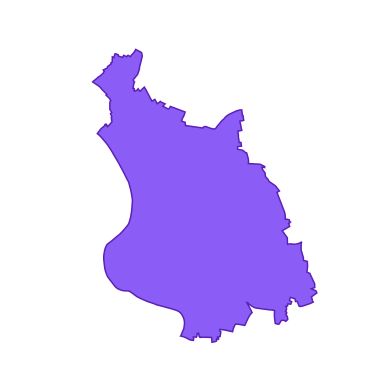 Thuong Tin, Ha Noi, Vietnam (Robinson projection), rotated 168°
{"feature_id": "81297802B33733008951227", "entity_name": "Thuong Tin", "entity_type": "district", "adm_level": 2, "iso_a3": "VNM", "parent_name": "Vietnam", "parent_adm1": "Ha Noi", "projection": "robinson", "projection_center": [105.871, 20.832], "detail": "fine", "context": "isolated", "style": "filled", "palette": "violet", "viewbox_px": 384, "rotation_deg": 168, "n_neighbors": 0, "source": "geoboundaries", "source_scale": "gbopen_adm2", "svg_char_len": 5908}
<svg xmlns="http://www.w3.org/2000/svg" viewBox="0 0 384 384"><g transform="rotate(168 192 192)"><path d="M258.6,94.3L253.3,91.2L249.8,88.9L243.8,85.9L235.0,81.3L231.6,79.3L229.4,77.5L227.8,75.2L227.0,72.7L226.4,70.5L226.3,68.0L226.5,65.8L226.9,64.3L227.8,61.7L228.5,59.9L231.3,56.0L232.6,53.9L233.1,53.5L230.1,52.0L227.9,50.4L224.6,47.7L222.3,46.8L221.5,46.6L221.4,46.9L221.0,47.6L220.8,48.4L220.8,48.7L220.9,49.2L220.9,49.6L220.9,49.8L219.6,49.7L218.0,49.0L217.7,49.3L217.3,49.9L216.8,51.0L216.4,52.2L216.3,52.6L214.9,52.4L215.0,50.8L215.0,49.2L214.4,49.1L214.5,48.1L214.3,48.0L213.4,48.0L212.8,47.9L209.4,47.2L203.2,45.7L203.2,45.2L203.5,42.6L203.7,40.9L201.7,40.8L199.7,40.9L199.2,41.1L198.8,41.4L198.7,41.9L198.7,42.3L198.5,43.0L198.3,43.3L198.0,43.5L197.8,43.4L197.6,43.3L197.0,42.4L196.5,42.6L196.4,42.8L196.7,44.5L196.9,44.8L194.6,44.7L193.1,48.5L192.9,49.5L193.8,50.2L193.3,51.8L191.6,51.2L189.6,50.6L186.9,49.4L183.9,48.0L181.3,46.9L180.4,49.0L179.3,50.8L178.3,52.1L177.1,53.7L175.6,53.4L173.4,52.7L171.4,51.9L168.1,50.5L165.1,54.6L163.4,56.8L162.0,58.4L160.2,60.3L158.3,61.5L159.0,64.4L161.3,72.4L160.8,72.1L160.3,71.7L160.0,71.4L159.4,70.3L156.7,67.4L154.8,65.9L153.8,65.3L152.1,64.7L148.6,63.4L144.3,61.9L140.6,60.6L138.9,60.1L137.2,59.5L135.8,58.7L136.4,57.1L137.1,54.3L137.6,50.2L137.9,46.1L135.6,44.9L134.3,44.7L131.3,47.8L129.6,47.6L128.4,47.2L127.3,46.0L124.9,47.3L124.7,48.5L124.7,50.8L125.3,51.4L125.6,53.3L125.1,53.3L124.7,53.5L124.4,54.4L124.7,55.2L125.4,55.8L124.7,56.4L124.1,57.3L123.8,58.0L123.7,58.8L123.8,59.6L124.1,60.7L122.3,60.6L121.4,62.7L118.7,61.7L118.2,62.5L117.3,63.9L119.2,65.6L117.8,68.5L117.3,68.2L113.5,66.2L113.5,63.3L112.1,63.3L111.9,63.0L111.4,60.8L110.9,57.9L109.4,57.4L106.6,57.5L100.0,58.3L96.8,59.0L96.3,59.1L96.7,60.1L96.8,61.2L96.8,63.8L97.0,64.6L90.8,67.3L91.2,69.2L91.6,69.9L92.1,70.2L94.7,71.9L95.4,72.6L91.8,73.0L91.1,76.7L93.5,87.1L93.6,87.8L96.3,89.9L95.5,91.9L94.8,94.1L94.3,95.7L93.9,98.6L93.6,100.1L97.2,102.0L96.7,104.6L97.3,112.2L97.3,112.6L96.6,116.0L96.0,118.6L95.5,119.4L95.3,119.8L95.4,120.2L97.9,119.6L100.3,119.4L101.4,119.4L102.4,119.6L103.7,119.9L105.5,120.5L107.1,120.9L109.4,121.0L108.3,127.5L111.8,135.4L103.6,138.0L104.1,141.0L103.6,141.1L102.0,142.1L102.9,142.7L102.6,143.0L102.5,143.7L102.6,144.2L102.7,144.6L103.2,144.9L104.0,145.3L104.9,145.7L106.4,145.9L105.8,149.0L105.6,151.3L105.7,153.5L109.0,174.0L106.3,174.8L108.2,178.9L109.2,180.8L111.6,183.3L114.5,186.4L115.0,188.4L116.9,191.8L116.8,193.9L116.5,195.2L118.4,199.6L118.4,201.6L115.8,200.8L115.6,201.8L119.6,205.0L131.0,208.1L130.5,209.4L130.2,210.9L130.1,211.8L130.1,213.6L130.1,214.6L130.3,216.8L130.3,217.8L130.4,218.5L130.4,218.8L130.5,219.0L130.9,219.2L131.4,219.4L131.6,219.6L132.3,220.6L132.7,221.2L133.2,221.6L133.5,222.0L134.3,222.6L135.9,223.2L138.4,224.4L138.5,224.5L138.3,225.7L138.0,226.9L136.5,226.8L134.1,226.5L133.8,229.8L133.8,230.2L133.8,230.3L134.1,230.5L135.5,230.5L135.5,231.9L135.3,232.6L135.3,233.4L135.2,235.6L135.2,236.0L134.8,237.9L134.7,238.5L134.7,239.4L134.7,239.9L134.5,240.7L134.1,242.2L132.8,241.9L130.5,241.9L130.5,245.9L130.4,248.2L130.5,251.4L129.5,251.4L128.2,251.2L126.5,251.3L126.2,256.1L126.7,256.3L126.3,262.0L128.2,262.3L131.6,262.1L136.9,260.9L140.4,260.0L143.2,258.7L145.4,257.0L148.3,255.3L152.2,252.2L154.1,250.7L155.2,249.6L155.9,249.2L156.9,248.9L157.7,249.1L158.7,249.6L160.4,250.3L164.6,253.0L165.4,253.3L166.2,253.4L167.0,253.2L167.7,252.9L168.0,252.3L184.6,258.4L184.2,261.6L187.5,263.6L185.9,266.3L185.0,267.1L183.8,268.7L182.9,270.2L182.1,271.7L195.4,280.2L196.5,278.8L197.3,278.2L198.0,278.1L202.7,282.0L200.0,283.8L204.0,286.8L204.2,287.2L204.7,286.9L206.1,286.2L207.6,285.6L209.1,290.3L212.3,289.2L214.7,297.6L216.0,302.2L216.8,304.5L219.6,302.9L221.4,301.4L222.0,301.3L223.2,304.2L224.6,303.1L227.1,302.4L227.7,303.4L227.0,304.3L227.0,305.0L227.4,305.4L228.2,305.8L227.6,306.9L227.2,308.1L226.4,309.9L226.3,310.6L225.3,311.4L226.3,313.8L225.2,314.8L224.4,315.3L222.3,317.1L221.1,318.0L220.7,318.4L220.4,318.9L219.6,320.3L219.1,321.1L218.1,322.7L217.7,324.0L217.1,325.6L215.1,329.6L214.3,331.1L213.6,332.7L212.7,334.5L212.4,335.2L212.4,336.2L212.3,336.8L212.3,338.3L212.9,339.5L215.0,341.1L217.4,343.2L218.9,341.4L220.6,339.9L222.7,338.6L224.1,337.2L226.1,339.0L226.4,339.0L227.7,337.9L230.4,339.9L232.0,338.1L235.9,340.5L235.6,341.5L237.6,342.9L238.7,343.1L240.4,339.8L241.8,340.8L243.1,335.6L244.5,335.2L244.4,334.1L248.6,332.2L248.8,331.4L249.6,330.7L251.9,330.2L253.5,329.8L253.2,329.1L252.7,328.3L253.2,328.0L254.0,326.9L254.5,326.5L258.0,324.5L258.6,324.3L259.8,324.0L261.1,323.1L262.8,322.2L265.7,320.8L266.3,320.3L262.0,315.9L260.3,314.0L259.6,312.7L258.8,311.1L255.0,305.3L256.0,304.6L255.7,304.2L254.8,302.9L254.0,301.8L253.3,300.7L252.4,298.3L253.3,297.7L253.6,296.8L253.9,296.0L255.2,289.9L253.9,286.5L255.5,285.5L254.9,283.3L254.9,282.0L255.5,281.7L255.4,280.5L255.4,279.8L255.8,279.5L255.6,277.9L255.7,277.3L256.0,277.1L258.4,275.2L260.2,274.0L261.2,273.5L261.5,274.3L261.2,274.8L261.7,275.9L262.2,275.5L262.6,276.3L263.2,276.0L263.4,275.7L263.5,275.3L263.9,274.9L267.7,272.9L268.4,272.4L272.5,268.8L271.4,267.5L269.6,264.8L266.6,259.3L265.0,256.2L262.3,249.4L260.8,244.7L258.8,238.8L257.6,235.1L254.7,225.1L254.2,223.3L252.8,217.7L252.3,216.2L251.9,214.3L251.8,213.2L251.8,211.9L251.7,210.0L251.6,208.2L251.5,205.5L251.6,202.9L251.6,201.8L251.7,200.0L251.8,197.8L252.1,195.8L253.5,190.9L254.9,186.3L256.1,183.1L257.6,179.4L260.1,174.8L261.5,173.1L265.3,170.1L268.4,167.8L271.5,165.7L274.0,164.5L277.7,162.5L280.7,160.9L285.7,158.5L286.7,157.6L288.4,155.3L289.7,152.8L291.3,148.8L292.2,145.4L292.8,140.1L293.0,137.7L293.2,134.9L293.1,132.5L292.8,129.8L292.1,126.6L290.5,123.0L289.4,120.8L286.9,115.5L285.2,113.3L283.7,112.0L280.6,110.1L278.6,109.4L276.8,108.9L275.0,108.5L273.8,107.9L271.3,105.3L269.5,103.2L267.4,100.9L264.0,98.2L258.6,94.3Z" fill="#8b5cf6" stroke="#5b21b6" stroke-width="1.5"/></g></svg>